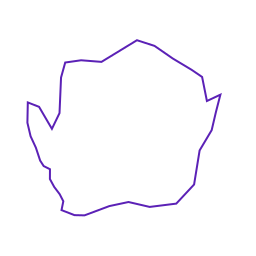 SVG path tracing the border of Hódmezôvásárhely, rotated 348°
{"feature_id": "HUN-4917", "entity_name": "Hódmezôvásárhely", "entity_type": "Urban county", "adm_level": 1, "iso_a3": "HUN", "parent_name": "Hungary", "parent_adm1": "", "projection": "equal_earth", "projection_center": [20.359, 46.389], "detail": "fine", "context": "isolated", "style": "outline", "palette": "violet", "viewbox_px": 256, "rotation_deg": 348, "n_neighbors": 0, "source": "natural_earth", "source_scale": "10m", "svg_char_len": 576}
<svg xmlns="http://www.w3.org/2000/svg" viewBox="0 0 256 256"><g transform="rotate(348 128 128)"><path d="M211.1,93.5L210.8,118.0L225.3,114.6L217.3,130.7L209.4,147.5L193.4,164.8L180.9,197.0L159.5,212.0L132.8,209.7L113.1,200.5L93.5,200.5L67.3,204.4L57.5,202.1L45.9,194.5L49.5,186.2L47.4,178.5L43.6,170.4L41.0,161.7L43.1,152.1L37.6,147.7L35.3,141.6L33.8,128.1L31.0,115.8L30.7,101.9L35.3,82.2L45.4,88.8L53.4,113.0L64.1,99.2L73.0,64.7L80.2,50.9L96.2,52.0L115.8,57.8L155.0,44.0L171.0,53.2L186.2,69.3L202.2,84.2L211.1,93.5Z" fill="none" stroke="#5b21b6" stroke-width="2"/></g></svg>